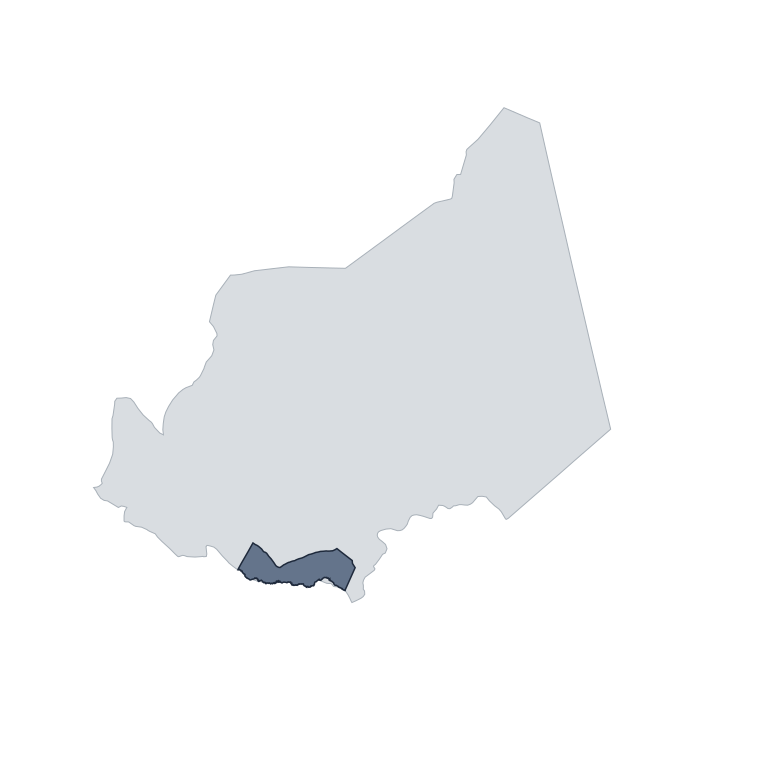 Haraze-Mangueigne, Salamat, Chad (highlighted), rotated 49°
{"feature_id": "50815135B51440340925469", "entity_name": "Haraze-Mangueigne", "entity_type": "district", "adm_level": 2, "iso_a3": "TCD", "parent_name": "Chad", "parent_adm1": "Salamat", "projection": "mercator", "projection_center": [21.205, 10.401], "detail": "fine", "context": "in_parent", "style": "filled", "palette": "slate", "viewbox_px": 768, "rotation_deg": 49, "n_neighbors": 0, "source": "geoboundaries", "source_scale": "gbopen_adm2", "svg_char_len": 9183}
<svg xmlns="http://www.w3.org/2000/svg" viewBox="0 0 768 768"><g transform="rotate(49 384 384)"><path d="M566.8,242.6L566.8,259.0L566.8,275.4L566.8,291.7L566.9,308.0L566.9,324.2L566.9,340.4L566.9,356.6L566.9,372.7L566.9,378.1L566.5,380.2L566.3,380.5L565.6,380.8L557.4,379.3L553.7,379.3L548.7,380.4L541.2,381.1L536.4,380.9L533.1,383.6L530.5,387.0L531.7,395.0L531.4,397.6L530.4,400.3L528.1,402.7L525.9,404.6L524.5,406.2L522.9,409.8L521.6,411.5L521.7,413.8L521.3,416.1L520.0,417.4L516.5,418.3L514.3,419.3L512.5,421.1L511.3,422.3L511.9,424.0L512.8,426.2L513.3,429.8L513.6,431.8L515.3,433.5L516.4,434.7L516.7,436.2L515.7,437.5L511.5,440.0L509.8,441.0L507.9,442.3L507.1,442.8L504.0,445.2L502.5,447.4L501.7,449.2L501.8,451.7L503.3,455.4L505.1,458.5L505.7,460.9L506.1,463.5L506.0,466.0L505.1,468.1L503.5,470.1L497.7,473.7L494.8,477.7L492.5,482.6L492.0,485.2L492.6,487.0L493.8,488.4L495.5,489.2L498.1,489.4L502.2,488.6L506.1,488.1L510.3,489.8L512.4,493.9L511.6,496.8L513.1,502.2L514.5,508.7L514.4,510.9L515.0,511.7L517.6,512.1L518.2,513.6L517.4,525.0L518.6,528.2L520.3,530.5L522.3,531.6L524.2,533.2L525.2,534.2L527.5,534.5L530.1,536.5L530.8,539.3L530.6,541.9L529.1,547.7L527.9,551.6L526.4,551.3L523.4,550.4L519.7,549.5L515.2,548.9L510.9,550.4L506.2,552.5L504.8,554.0L503.5,554.9L501.4,554.7L499.5,555.0L498.5,556.4L496.8,558.0L490.1,561.4L488.7,562.6L487.8,563.8L487.8,565.1L488.5,567.8L488.5,571.1L487.0,573.8L485.3,575.6L483.3,576.3L481.6,576.7L480.6,577.9L477.1,584.0L475.6,585.1L472.5,584.9L463.6,594.2L462.8,596.9L459.5,600.7L455.4,605.0L451.8,607.0L451.5,607.8L450.5,608.7L448.3,609.6L440.5,614.8L431.1,614.6L427.0,616.6L423.0,617.5L417.1,618.5L415.3,618.4L407.8,618.8L398.9,618.7L395.5,619.4L392.3,621.4L390.0,623.1L389.6,623.7L390.0,624.4L389.9,625.0L396.1,629.3L397.6,631.3L396.1,633.4L395.3,633.7L395.3,633.8L394.2,635.4L390.6,640.2L385.1,645.8L382.3,647.4L381.1,648.5L379.7,652.2L378.7,652.8L374.9,653.2L367.4,653.7L357.1,654.9L350.8,655.3L347.0,654.9L341.5,657.5L339.6,658.2L338.4,658.4L333.0,660.9L328.5,664.8L326.9,665.6L320.6,667.2L318.1,669.9L316.9,670.1L312.9,666.6L310.1,663.4L308.8,660.1L308.6,659.1L307.9,659.3L305.6,660.7L303.7,662.3L302.9,665.5L296.3,667.6L290.8,669.4L288.2,671.6L284.3,672.8L279.3,672.3L275.4,671.4L271.6,671.1L273.5,668.2L274.2,666.1L274.3,663.5L274.1,661.8L271.8,660.9L270.4,659.6L267.1,651.4L263.7,643.1L259.0,634.8L253.9,629.5L250.1,626.3L248.9,625.9L247.0,624.9L245.7,624.0L238.9,618.4L231.8,612.1L230.0,609.2L226.4,605.0L222.5,600.5L220.4,598.5L219.5,594.9L222.2,591.6L225.1,587.5L228.7,584.8L233.4,584.6L241.0,585.7L249.3,586.1L257.5,585.2L259.6,584.7L261.7,584.7L266.1,585.7L273.8,585.4L277.7,583.8L273.4,580.9L268.9,576.4L264.6,571.4L262.0,567.0L259.6,561.2L257.4,554.0L256.0,544.7L256.2,539.4L256.9,535.7L259.2,529.6L257.7,526.0L258.0,523.1L257.8,518.8L257.1,516.6L254.1,509.5L253.5,508.7L250.8,503.7L249.7,495.5L246.7,490.0L241.9,487.4L239.2,484.1L238.2,478.5L236.3,477.0L228.8,475.0L222.5,474.9L217.9,468.5L212.0,460.3L206.6,452.6L203.1,437.2L201.1,428.4L203.4,425.7L207.8,419.4L213.6,407.4L226.4,388.7L233.0,379.1L246.2,364.8L262.3,347.2L271.4,337.2L272.9,319.1L274.5,299.8L275.7,285.2L277.1,267.8L278.3,253.3L279.2,242.7L280.5,227.6L281.6,224.7L287.9,212.8L288.4,211.2L287.2,209.3L278.2,199.1L275.4,196.9L273.7,191.6L276.1,188.7L265.2,171.6L262.5,169.6L261.3,167.5L261.2,164.4L261.0,152.6L258.1,134.0L254.2,112.2L267.0,106.0L276.8,101.3L289.1,95.2L300.6,101.4L317.3,110.4L333.9,119.3L350.5,128.2L367.2,137.1L383.8,145.9L400.4,154.8L417.1,163.7L433.7,172.5L450.4,181.3L467.0,190.1L483.6,198.9L500.3,207.7L516.9,216.4L533.5,225.2L550.2,233.9L566.8,242.6Z" fill="#d9dde1" stroke="#a8b0b8" stroke-width="1"/><path d="M428.2,615.8L428.5,615.2L428.8,615.6L429.0,615.3L429.0,614.9L429.6,614.8L429.8,614.7L430.2,614.3L430.4,614.2L430.6,614.3L431.1,614.6L431.4,614.6L431.6,614.4L431.8,614.0L432.1,613.8L432.4,613.9L432.5,614.1L433.1,614.4L433.4,614.4L433.7,614.3L433.9,614.4L434.8,614.4L435.2,614.4L435.8,614.0L436.3,613.9L436.6,614.1L436.9,614.1L437.2,614.6L437.7,614.9L438.1,615.0L439.1,615.0L439.9,614.8L440.1,614.6L440.3,614.6L440.6,614.8L440.9,614.7L441.7,614.3L442.1,614.0L442.8,613.9L443.7,613.8L444.0,613.6L444.4,613.2L444.9,611.5L445.4,610.8L445.9,609.7L445.7,609.0L445.6,608.8L445.8,608.5L446.2,608.6L446.6,608.5L446.8,608.4L446.9,608.2L446.8,607.6L446.9,607.4L447.2,607.4L447.4,607.5L447.5,607.5L447.6,607.4L448.1,607.7L448.3,607.6L448.6,607.2L448.8,607.2L448.9,607.3L449.0,607.5L449.4,608.0L449.6,608.1L450.7,608.1L450.8,607.9L450.7,607.8L450.4,607.7L450.2,607.5L450.3,607.3L450.5,607.3L450.9,607.3L451.1,607.2L451.2,606.3L451.6,605.4L451.7,605.2L452.6,605.2L453.1,605.3L453.3,605.1L453.6,605.1L453.9,605.3L454.1,605.3L454.3,605.1L454.5,605.1L455.0,605.1L455.3,604.9L455.3,604.7L455.2,604.3L455.3,604.2L455.7,604.2L456.1,603.7L456.3,603.7L456.5,603.7L457.0,604.2L457.3,604.1L457.3,603.8L457.2,603.4L457.3,603.0L457.7,602.4L457.9,602.2L458.1,602.2L458.3,602.3L458.5,602.2L458.6,601.7L458.8,601.4L459.0,601.3L459.0,601.1L458.9,601.0L459.0,600.9L459.7,600.7L459.8,600.7L460.1,600.7L460.4,600.8L460.5,600.7L460.5,600.2L460.7,599.8L460.7,599.4L460.8,599.2L461.1,599.2L461.4,599.4L461.6,599.3L461.7,599.0L461.8,598.6L461.6,597.7L462.0,597.5L462.6,597.5L462.9,597.4L463.0,597.2L462.9,596.9L462.3,596.9L462.2,596.8L462.2,596.6L462.3,596.5L462.5,596.5L462.9,596.6L463.1,596.5L463.2,596.4L463.1,596.2L462.8,596.1L462.7,596.0L462.7,595.8L463.1,595.4L463.3,595.2L463.1,595.0L462.9,594.8L462.4,594.8L462.3,594.7L462.2,594.5L462.3,594.4L462.6,594.6L463.4,594.6L463.5,594.4L463.3,594.1L463.1,593.7L463.0,593.4L463.1,593.0L463.7,593.5L464.0,593.6L464.4,593.6L464.6,593.5L464.7,593.3L464.6,593.2L464.2,592.6L464.1,592.3L464.2,592.2L464.4,592.0L464.7,591.9L465.0,592.1L465.3,592.3L465.5,592.3L465.9,591.9L466.1,591.8L466.3,591.9L466.5,591.9L467.1,591.6L467.3,591.4L467.4,591.1L467.4,590.7L467.4,590.4L467.6,590.0L467.9,589.4L468.6,588.8L469.5,588.1L469.7,587.9L469.9,587.9L470.2,587.7L470.4,587.5L470.4,587.3L470.3,586.6L470.7,586.3L470.7,586.1L470.7,585.9L470.8,585.8L471.4,585.5L471.7,585.3L471.7,585.1L472.0,584.9L472.0,584.5L472.1,584.4L472.4,584.3L473.1,584.6L473.3,584.9L473.5,584.9L473.5,585.1L473.8,585.1L474.1,584.4L474.3,584.6L474.5,585.0L474.8,585.0L475.0,585.3L475.4,585.3L475.6,585.1L475.8,584.6L475.9,584.4L476.1,584.6L476.3,584.6L476.7,584.3L477.0,584.0L477.1,583.6L477.3,583.5L477.4,583.3L477.3,582.8L477.5,582.6L477.8,582.3L478.2,582.4L478.3,582.3L478.4,582.1L478.5,582.0L478.5,581.5L478.6,581.2L478.8,581.1L479.1,581.1L479.0,580.5L479.1,580.3L478.9,579.9L478.9,579.7L479.1,579.6L479.4,579.5L479.6,579.2L479.7,578.8L479.6,578.7L480.0,578.3L480.2,578.2L480.4,578.0L480.5,577.5L480.8,577.4L481.0,577.4L481.5,576.4L482.0,576.0L482.3,576.1L482.5,576.5L482.8,576.6L483.4,576.5L483.6,576.5L483.8,576.6L484.5,576.4L484.9,575.9L485.1,575.9L485.3,576.0L485.6,576.0L485.9,575.8L486.5,575.9L486.8,575.7L486.5,575.3L486.3,575.2L486.8,574.9L487.0,574.7L486.8,574.5L486.7,574.4L486.8,574.2L487.0,574.2L487.4,574.3L487.8,574.3L488.0,574.2L488.3,573.6L488.5,573.5L488.6,573.4L488.7,573.2L488.8,573.0L488.9,572.8L488.6,572.4L488.4,572.0L488.4,571.8L488.6,571.5L489.0,571.5L489.0,571.1L489.1,570.6L489.9,569.8L490.1,569.5L490.1,569.3L489.6,569.2L489.6,568.6L489.7,568.4L489.4,568.1L489.4,567.9L489.4,567.7L488.8,567.2L488.3,566.4L488.2,566.1L488.4,565.4L488.7,565.0L488.8,564.5L488.8,564.2L488.6,563.7L488.6,563.0L488.8,562.5L488.7,561.8L488.8,561.0L488.9,560.9L489.0,560.9L489.3,561.3L489.5,561.4L489.9,561.2L490.1,561.0L490.4,560.8L490.5,560.6L490.7,560.4L490.6,560.1L490.7,559.5L490.5,559.2L490.7,558.9L490.6,558.6L490.7,558.2L490.5,557.5L490.6,557.1L490.8,556.6L490.7,556.2L490.8,555.9L491.2,555.7L491.4,555.5L491.6,555.4L491.8,554.9L492.2,554.4L492.5,554.5L492.6,554.1L493.1,554.2L493.4,554.2L493.9,553.3L494.1,553.3L494.5,553.6L494.9,553.5L495.0,553.2L495.3,553.3L495.5,553.7L495.7,553.9L496.0,554.0L496.1,553.8L496.0,553.4L496.3,553.7L496.4,553.8L496.7,553.7L496.8,553.7L496.7,553.3L497.0,553.4L497.3,553.6L497.7,553.2L498.1,553.2L498.6,552.8L498.8,552.8L499.1,552.8L499.3,552.9L499.5,552.8L499.7,552.7L500.1,552.7L500.6,552.4L500.9,552.4L501.5,552.9L501.7,553.0L501.9,553.0L502.1,552.9L503.3,553.1L503.5,553.0L504.1,552.8L504.4,552.3L504.8,552.0L505.8,551.8L506.2,551.6L506.6,551.4L506.8,551.3L507.3,551.5L507.8,551.2L508.1,551.2L508.4,551.0L508.9,550.7L509.3,550.3L510.4,550.3L510.9,550.2L511.1,549.8L511.4,550.1L512.0,549.8L512.4,549.7L512.8,549.8L513.0,549.6L513.1,549.4L513.4,549.1L513.9,549.2L514.3,548.8L514.1,548.7L503.7,526.3L498.7,525.5L496.4,523.8L482.8,526.5L477.3,527.5L476.9,529.9L476.2,532.2L475.2,533.5L474.3,534.8L473.2,536.1L472.1,537.1L470.5,539.4L469.2,541.1L468.5,542.0L468.1,543.0L467.3,544.5L466.3,546.1L465.8,547.6L464.6,550.5L463.4,552.7L462.0,558.4L461.4,560.2L460.1,562.8L459.1,565.6L458.8,567.2L457.6,569.3L456.9,571.1L456.6,572.1L456.0,573.1L455.5,575.0L455.2,576.6L454.7,578.3L454.5,580.9L454.3,582.8L453.4,583.7L451.7,584.5L450.1,584.8L446.5,584.3L443.1,584.0L442.0,583.9L438.5,584.0L434.8,583.6L433.4,583.9L432.4,584.5L431.4,584.9L428.2,584.6L424.2,585.2L422.4,585.7L420.7,586.5L419.1,586.9L418.0,587.2L421.4,596.7L425.9,609.8L428.0,615.4L428.2,615.8Z" fill="#64748b" stroke="#1e293b" stroke-width="1.5"/></g></svg>